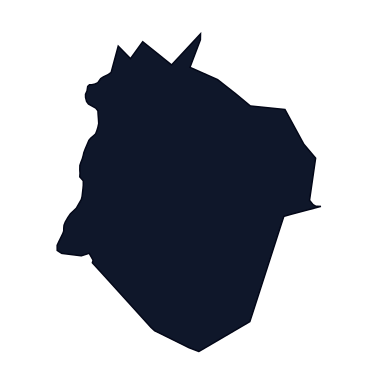 the district of Nova Santa Rita, Piauí, Brazil, rotated 5°
{"feature_id": "56859067B4327076074901", "entity_name": "Nova Santa Rita", "entity_type": "district", "adm_level": 2, "iso_a3": "BRA", "parent_name": "Brazil", "parent_adm1": "Piauí", "projection": "natural_earth1", "projection_center": [-42.096, -8.116], "detail": "fine", "context": "isolated", "style": "filled", "palette": "ink", "viewbox_px": 384, "rotation_deg": 5, "n_neighbors": 0, "source": "geoboundaries", "source_scale": "gbopen_adm2", "svg_char_len": 1160}
<svg xmlns="http://www.w3.org/2000/svg" viewBox="0 0 384 384"><g transform="rotate(5 192 192)"><path d="M186.7,33.7L160.6,67.2L129.8,46.6L119.1,64.5L105.8,53.1L101.0,80.0L98.0,82.5L93.6,85.1L91.2,87.0L88.6,91.4L85.7,93.0L82.7,93.9L80.5,94.1L78.9,95.9L78.6,100.5L77.4,103.9L77.7,107.0L79.1,111.0L81.2,113.4L88.8,116.8L91.2,119.3L91.7,122.9L92.5,127.8L93.1,131.9L92.6,135.9L91.8,139.5L90.9,142.5L89.3,144.3L86.4,147.2L84.8,149.5L83.8,152.6L81.9,158.4L80.8,162.3L80.5,164.9L79.8,168.6L78.7,172.3L78.0,175.3L78.3,179.8L78.8,183.0L78.9,186.7L82.7,190.3L83.1,194.7L83.1,198.2L82.9,205.9L82.4,209.1L81.1,211.9L78.2,218.2L74.5,222.4L72.8,224.3L70.6,228.2L68.4,232.9L67.4,236.3L67.4,239.4L67.6,242.1L66.9,244.7L64.9,249.9L63.8,252.7L62.3,256.9L62.8,262.0L67.6,264.5L87.3,265.2L94.9,262.0L99.4,268.5L98.9,271.2L112.3,283.5L163.0,330.5L166.9,333.5L179.6,338.4L202.6,347.4L212.7,350.3L260.9,316.1L262.7,308.4L282.9,219.9L285.6,208.3L292.6,205.6L321.7,195.1L316.6,195.4L313.6,194.0L309.8,190.0L312.2,147.5L299.2,134.6L277.4,101.7L269.7,101.6L242.6,101.2L227.0,90.4L207.7,77.8L179.1,68.0L187.1,39.6L186.7,33.7Z" fill="#0f172a" stroke="#020617" stroke-width="1.5"/></g></svg>